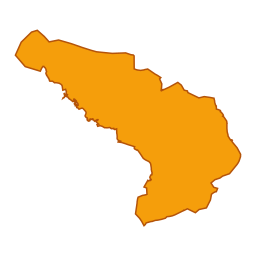 outline of Ål nor, Buskerud, Norway
{"feature_id": "86288312B66646203611151", "entity_name": "Ål nor", "entity_type": "district", "adm_level": 2, "iso_a3": "NOR", "parent_name": "Norway", "parent_adm1": "Buskerud", "projection": "mercator", "projection_center": [8.363, 60.697], "detail": "fine", "context": "isolated", "style": "filled", "palette": "amber", "viewbox_px": 256, "rotation_deg": 0, "n_neighbors": 0, "source": "geoboundaries", "source_scale": "gbopen_adm2", "svg_char_len": 5343}
<svg xmlns="http://www.w3.org/2000/svg" viewBox="0 0 256 256"><path d="M214.2,99.4L214.0,98.2L209.8,97.4L204.2,96.6L198.9,97.9L187.9,92.6L187.4,90.9L184.2,90.2L181.3,85.1L177.8,82.4L169.3,87.1L161.3,90.8L161.1,90.6L161.3,90.2L162.2,90.2L162.4,89.7L161.2,90.0L161.3,89.4L161.3,88.8L161.5,88.4L161.7,85.1L161.8,84.2L161.8,83.9L159.6,78.9L160.8,77.6L157.5,75.4L155.1,74.1L147.7,69.0L147.0,69.3L146.6,69.2L146.2,69.4L145.4,69.4L143.9,69.9L140.6,70.4L137.5,70.0L136.1,69.6L134.2,68.9L134.1,55.9L133.3,55.0L130.9,54.7L125.7,52.9L112.3,53.4L96.5,51.8L91.1,50.3L90.8,50.2L82.3,47.5L71.4,43.7L58.6,40.0L49.1,41.9L44.4,36.6L37.3,30.3L31.5,32.1L21.2,42.2L15.4,55.2L25.2,66.6L40.3,71.2L41.7,68.2L42.9,66.4L43.9,66.4L44.1,66.7L44.4,67.4L45.1,67.7L45.4,68.2L46.1,69.7L46.1,70.2L46.1,70.7L46.5,71.3L46.6,71.7L46.0,72.7L46.0,73.3L45.9,73.8L46.6,74.6L46.5,75.0L46.8,75.6L47.2,75.9L47.5,76.8L48.1,77.3L48.4,77.7L48.4,78.2L49.2,79.3L49.2,79.6L49.4,79.8L49.4,80.5L49.6,81.0L50.0,81.2L52.4,81.2L53.0,81.5L54.5,82.8L56.0,82.7L56.8,82.8L59.0,83.2L60.0,83.7L60.7,84.1L61.6,84.9L62.1,85.7L62.2,86.2L62.8,90.2L65.6,89.3L65.7,89.7L65.8,90.1L66.1,90.6L66.3,91.3L66.4,91.6L66.1,92.1L66.4,93.2L66.3,94.1L66.9,94.5L67.2,94.5L67.5,94.6L67.4,94.9L66.9,95.0L67.1,95.7L67.1,96.2L67.0,96.4L66.7,96.3L66.5,96.0L66.6,95.7L66.1,95.4L65.8,94.7L65.7,94.2L65.4,94.1L64.9,94.2L65.1,94.6L64.8,94.6L64.6,94.2L64.3,93.5L64.1,93.6L64.3,94.5L64.6,95.1L64.6,96.0L64.8,96.3L64.2,97.1L63.8,97.5L63.2,97.7L63.0,98.2L63.7,97.7L64.1,97.6L64.7,96.7L65.0,96.4L65.4,95.7L65.6,95.9L65.6,96.2L65.8,96.3L66.1,96.2L66.4,96.3L66.6,96.6L67.3,97.0L67.8,97.1L68.2,97.3L68.3,97.8L68.6,98.0L68.8,98.5L69.3,99.0L69.5,98.9L72.9,101.6L73.0,101.5L73.1,101.2L73.4,101.0L73.6,101.0L74.3,101.6L74.6,101.7L74.7,101.4L74.6,100.0L74.4,99.9L74.4,100.1L74.4,100.4L74.2,100.4L74.1,99.6L73.7,99.3L73.7,99.2L73.9,99.1L74.5,99.5L74.7,99.3L76.3,100.9L76.3,101.0L76.1,101.2L76.1,101.3L77.7,103.3L77.8,103.5L77.9,103.9L78.1,104.2L78.1,104.3L77.9,104.7L78.0,104.9L77.9,105.1L78.1,105.4L77.9,105.6L77.7,105.6L77.0,105.0L76.3,104.6L76.0,104.0L75.4,104.1L75.3,103.9L75.6,103.4L75.7,102.9L75.6,102.6L75.4,102.5L75.2,103.1L74.9,103.0L74.7,103.2L74.3,103.8L75.2,105.1L75.3,105.4L75.3,105.8L75.5,105.8L76.4,105.5L76.6,105.9L76.7,107.0L76.8,107.1L76.7,107.2L76.7,107.5L77.4,107.5L78.9,109.1L79.0,109.2L81.3,108.3L82.2,108.2L82.6,108.3L83.2,108.7L85.0,110.7L85.7,111.6L86.0,112.3L86.1,112.7L86.0,113.5L85.1,115.7L85.3,116.5L85.5,116.7L86.2,117.5L86.4,117.5L86.7,117.7L87.1,118.0L87.3,118.0L87.4,118.4L87.3,118.5L87.2,118.5L87.1,119.1L87.7,119.4L87.8,119.5L87.8,119.8L87.7,119.8L87.5,119.6L87.3,119.6L87.2,119.7L87.3,120.2L87.6,120.5L87.9,120.4L88.4,121.1L89.3,121.0L89.5,120.9L89.6,120.5L89.9,120.5L89.9,120.2L89.8,119.8L89.8,119.7L90.1,119.6L90.1,119.1L90.2,118.9L90.5,119.0L90.9,119.5L91.1,119.5L91.4,119.2L91.7,119.1L91.8,119.3L92.2,119.2L92.3,119.5L92.5,119.6L92.6,119.3L92.5,119.0L92.5,118.8L92.9,118.8L93.0,119.0L93.2,119.6L94.5,121.1L94.8,120.7L95.8,120.7L95.9,120.4L96.5,120.1L97.1,119.6L98.0,119.6L98.1,119.8L97.7,120.2L96.1,121.3L95.8,121.4L98.6,124.1L97.0,124.5L97.7,126.3L100.0,125.7L102.2,126.3L104.5,127.7L107.4,127.8L109.8,127.5L110.0,127.7L110.2,127.8L110.4,127.8L110.6,128.2L111.1,128.4L111.3,128.7L111.8,128.6L112.0,128.7L112.3,128.6L113.6,128.4L113.6,128.6L113.6,128.9L114.3,129.1L114.4,129.4L114.5,129.5L115.2,129.3L115.3,129.4L115.5,129.3L116.6,128.9L116.6,129.4L116.7,131.7L116.7,132.9L117.0,134.4L117.2,136.6L117.1,138.4L117.5,139.6L119.1,140.8L120.8,141.2L120.8,141.6L119.8,141.4L119.6,141.6L119.1,141.9L118.2,141.8L118.1,142.0L121.7,142.5L125.7,143.8L128.2,144.7L132.2,145.9L134.5,146.7L134.4,146.8L134.3,147.5L134.3,147.9L134.4,148.2L134.3,148.3L134.3,148.5L134.5,148.8L134.9,149.1L135.7,149.4L136.1,149.8L136.5,149.9L136.7,150.1L137.0,150.2L137.4,150.0L137.6,150.1L139.9,153.2L143.3,158.4L145.5,159.9L148.8,161.5L150.1,162.8L150.7,164.1L151.3,168.0L151.3,169.5L151.7,171.5L152.0,172.4L152.1,173.0L151.9,173.6L151.9,174.7L150.7,175.1L150.7,175.5L150.2,176.2L150.1,176.6L149.8,177.2L150.2,178.1L150.2,178.4L150.2,178.7L150.2,179.3L150.3,179.7L150.8,179.3L151.1,179.3L151.2,179.5L150.9,180.1L150.4,180.5L148.5,180.6L148.5,180.8L148.3,181.0L147.9,180.9L147.9,180.5L147.8,180.4L144.0,187.0L146.6,188.0L147.0,194.3L145.8,194.8L142.5,195.4L138.1,197.2L137.6,198.9L137.1,202.0L137.1,202.9L135.5,213.9L139.6,218.3L141.7,221.4L144.0,225.7L145.3,224.5L146.2,222.9L151.1,221.5L152.0,221.5L155.2,220.4L157.9,220.1L161.7,219.3L165.4,218.2L166.9,216.7L169.8,216.4L172.4,215.8L175.0,214.8L183.3,210.7L183.5,210.4L183.7,210.6L187.4,208.8L195.4,212.7L199.1,209.5L206.4,207.9L210.4,200.0L210.9,197.5L211.5,194.2L213.7,192.6L215.5,191.7L215.8,191.8L216.3,191.7L217.0,190.0L217.6,188.4L213.8,187.3L211.0,183.0L214.9,179.7L220.0,178.0L222.6,176.1L229.5,173.7L237.0,164.5L237.9,163.2L239.0,161.2L240.5,156.8L240.6,154.3L237.1,147.8L232.3,142.0L232.1,141.6L232.0,141.4L231.8,141.2L232.3,140.6L232.0,140.3L231.9,139.8L231.3,139.8L230.7,140.2L229.3,138.1L228.3,136.4L228.1,136.2L228.0,134.9L227.2,131.9L226.9,128.4L226.9,123.9L226.9,123.2L227.0,123.2L226.8,122.1L226.7,121.1L223.9,117.0L223.3,116.5L222.7,116.2L223.4,115.3L222.8,114.2L221.3,112.3L220.4,111.8L220.2,111.2L220.5,110.9L220.2,110.4L218.4,109.6L216.4,109.1L216.3,106.0L215.9,106.0L214.8,102.8L214.5,100.3L214.2,99.4Z" fill="#f59e0b" stroke="#b45309" stroke-width="1.5"/></svg>